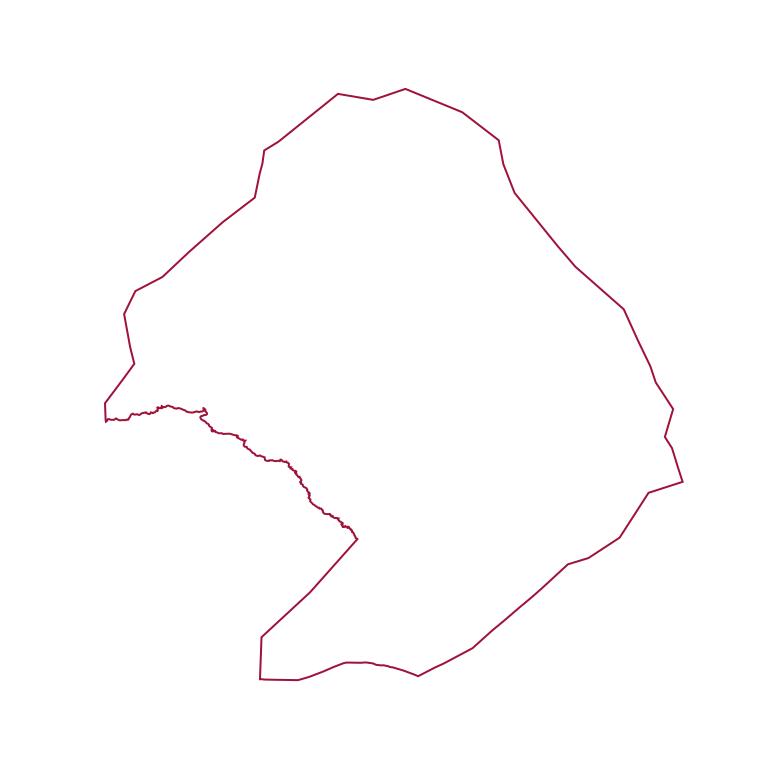 Dashbalbar, Dornod, Mongolia (Natural Earth projection), rotated 170°
{"feature_id": "93677404B44284139751504", "entity_name": "Dashbalbar", "entity_type": "district", "adm_level": 2, "iso_a3": "MNG", "parent_name": "Mongolia", "parent_adm1": "Dornod", "projection": "natural_earth1", "projection_center": [114.612, 49.67], "detail": "fine", "context": "isolated", "style": "outline", "palette": "rose", "viewbox_px": 768, "rotation_deg": 170, "n_neighbors": 0, "source": "geoboundaries", "source_scale": "gbopen_adm2", "svg_char_len": 6137}
<svg xmlns="http://www.w3.org/2000/svg" viewBox="0 0 768 768"><g transform="rotate(170 384 384)"><path d="M311.7,670.9L345.3,665.7L379.0,677.7L445.8,641.0L461.4,634.8L465.5,622.1L469.8,613.0L478.9,590.0L514.7,571.4L553.4,547.7L583.6,527.9L612.7,518.7L627.8,498.0L627.6,464.5L626.4,447.2L640.8,433.4L662.1,413.5L664.4,396.9L664.4,395.2L663.2,395.8L662.0,397.3L660.7,397.1L659.8,396.5L659.1,396.2L656.2,395.6L655.7,395.7L653.9,396.6L653.6,396.4L652.9,395.7L651.2,394.4L650.4,394.1L646.7,393.7L644.5,393.2L643.4,393.7L642.5,393.2L642.1,393.3L641.5,393.8L641.3,394.5L640.1,395.5L638.6,397.5L638.1,397.9L636.9,398.4L636.3,398.3L635.5,397.4L634.5,397.1L632.4,397.1L631.5,396.5L630.5,396.0L629.8,396.1L627.9,397.1L626.8,397.3L623.5,397.4L623.2,397.3L623.3,396.7L623.0,396.5L622.2,396.2L621.6,395.6L621.2,395.4L620.1,395.1L619.3,395.5L618.6,396.5L617.6,396.1L617.1,395.6L616.4,395.5L615.9,395.9L614.9,395.8L614.6,395.9L613.2,396.9L611.9,396.7L611.4,397.2L611.4,397.4L611.7,397.7L611.6,398.0L611.0,398.7L610.9,398.9L611.0,399.3L611.4,399.9L611.4,400.1L611.1,400.3L610.4,400.2L609.9,399.4L609.4,399.2L608.5,399.4L608.2,399.0L607.8,398.9L606.6,398.8L606.3,399.1L606.3,399.5L606.8,400.4L606.7,400.8L606.4,400.6L605.5,399.5L604.2,399.4L603.6,399.2L603.1,399.3L601.7,400.1L600.6,400.2L599.8,400.1L598.2,398.9L596.3,398.2L595.8,397.8L595.5,397.0L594.9,396.6L592.3,395.7L591.3,396.1L589.9,395.7L587.6,394.6L587.2,394.1L584.8,392.7L584.2,392.3L583.6,391.3L583.4,391.1L582.3,390.8L582.1,390.5L580.8,390.0L578.2,389.2L576.5,389.1L575.6,389.4L574.6,389.3L573.4,389.6L572.8,389.4L572.0,388.8L571.2,388.7L570.8,388.5L569.2,388.7L568.1,388.5L567.2,388.6L566.7,389.0L566.2,389.8L566.0,391.0L566.2,392.4L565.8,391.4L565.4,390.9L565.0,390.7L564.4,389.5L564.4,389.2L564.8,388.5L564.7,388.0L564.2,387.6L563.5,386.2L563.4,385.5L563.5,385.2L563.9,384.8L565.2,384.4L566.7,384.7L567.1,384.6L568.1,384.1L569.5,384.1L570.3,383.7L570.7,382.9L570.4,381.6L569.9,380.8L568.7,379.6L567.7,379.1L566.1,377.4L565.6,376.3L564.1,375.2L563.7,374.6L563.5,374.2L563.6,373.4L563.0,372.5L561.9,371.4L561.3,371.0L561.0,370.6L561.8,368.8L561.9,367.8L561.6,367.4L561.3,367.1L560.8,367.0L560.4,367.2L560.4,368.0L560.2,368.2L559.9,368.0L559.9,367.3L559.5,367.1L558.8,367.2L558.4,367.0L558.3,366.0L557.1,365.5L555.3,364.2L554.5,364.0L552.3,363.7L551.0,362.7L550.2,362.6L546.0,362.1L544.2,361.7L540.6,359.8L538.0,359.0L537.2,358.5L536.9,358.1L537.1,357.8L537.8,357.7L538.1,357.5L538.1,357.1L537.8,356.7L536.4,355.7L534.4,354.0L533.4,353.7L532.7,353.9L532.4,353.7L532.5,352.9L532.2,352.6L530.5,352.3L531.3,351.6L531.7,350.2L532.2,349.8L532.5,349.1L532.8,348.2L532.7,347.6L531.9,346.4L530.2,345.9L529.8,344.4L528.8,343.4L527.3,342.5L527.1,342.0L527.1,341.6L527.0,341.4L526.1,340.4L525.7,339.5L525.4,339.0L524.2,338.4L523.2,337.3L523.0,336.4L522.7,336.0L521.9,335.5L520.3,334.9L519.1,335.2L518.3,335.0L517.8,334.4L514.7,332.8L514.3,332.5L514.4,330.8L514.2,329.6L513.7,329.2L512.4,328.6L511.1,328.3L510.5,328.3L510.3,328.7L509.7,328.7L507.9,328.3L507.5,328.4L507.2,328.3L506.0,327.5L504.0,326.8L501.7,326.8L500.9,326.6L500.0,326.1L499.7,326.4L499.1,327.5L498.7,327.5L498.1,326.9L497.9,326.7L497.9,326.2L496.9,325.2L496.3,325.1L495.4,324.5L493.8,324.6L493.9,324.0L492.3,323.2L492.2,322.8L491.4,322.0L491.4,321.7L491.9,320.5L492.2,319.2L491.9,318.9L491.3,318.8L491.1,318.5L490.2,318.2L490.9,317.6L490.8,317.0L490.0,316.9L489.6,316.4L488.9,316.2L488.9,315.1L488.1,314.5L487.8,314.4L487.1,314.0L486.2,313.8L485.9,313.5L485.6,313.1L485.8,312.8L486.2,312.8L486.6,312.5L487.0,312.2L486.9,311.7L486.1,311.4L485.8,311.2L486.2,310.3L485.9,309.7L485.2,309.0L484.6,307.4L484.3,307.3L483.6,307.3L483.2,307.2L483.3,306.4L482.4,305.1L482.3,304.3L482.0,303.6L482.5,302.9L483.5,302.3L483.6,301.9L483.3,301.7L482.8,301.6L482.7,301.4L483.2,300.4L483.1,300.1L482.1,299.5L481.4,298.6L481.5,297.9L481.3,297.1L480.6,296.4L480.2,296.2L479.7,295.7L479.2,295.5L478.6,295.0L478.3,294.5L478.3,293.9L477.9,293.4L478.3,292.5L478.2,292.1L477.9,291.8L477.6,291.2L477.2,290.6L477.1,290.2L476.4,290.0L476.3,289.7L476.9,289.6L477.4,289.1L477.4,288.7L476.6,288.2L477.0,287.4L476.6,287.0L477.4,286.1L477.5,285.5L478.0,285.0L477.9,284.7L477.2,284.5L477.1,284.2L477.1,283.6L476.5,282.9L476.9,282.1L477.1,281.3L475.5,279.1L475.2,278.5L474.8,277.8L473.8,277.2L472.8,276.0L472.1,275.2L471.5,274.9L471.2,274.3L470.7,273.8L469.4,273.4L469.1,272.4L468.7,272.3L467.9,272.4L467.6,272.3L467.4,272.0L466.9,271.0L466.6,270.9L466.7,270.2L466.5,269.8L466.2,269.6L466.3,268.7L466.1,268.4L466.2,267.9L466.0,267.5L465.0,266.4L464.0,266.2L463.1,265.8L460.6,265.5L459.9,265.3L459.6,265.0L459.7,264.1L458.8,263.7L458.9,263.0L458.9,262.7L458.2,262.5L457.4,262.8L457.3,262.7L457.5,262.1L457.4,261.8L456.4,261.0L455.4,260.4L454.1,260.4L452.4,259.6L452.8,259.4L453.0,258.7L452.0,257.5L451.7,256.5L451.4,256.2L450.7,256.0L449.5,254.8L449.8,254.2L449.7,253.9L448.9,253.9L448.9,253.4L449.0,253.3L449.4,253.6L450.0,253.6L450.3,253.3L450.0,252.9L449.8,251.7L449.3,251.3L449.5,250.6L449.3,250.3L448.2,250.0L447.8,250.2L447.7,250.5L447.2,250.5L446.8,250.8L446.6,250.6L446.4,250.0L445.1,249.7L444.7,249.8L444.4,249.7L445.0,249.0L445.0,248.7L444.6,248.5L444.3,248.6L443.8,249.2L443.5,249.3L443.4,249.1L443.4,248.6L442.8,248.0L442.5,247.0L441.8,246.7L441.6,246.4L441.8,245.8L441.6,245.6L441.1,245.5L441.0,245.2L441.1,243.6L440.1,243.2L440.0,242.8L439.9,242.0L439.4,241.4L439.5,240.8L439.3,239.7L438.7,239.0L438.7,238.7L438.7,237.3L438.4,237.0L437.3,236.3L437.1,235.9L493.0,191.7L548.6,155.9L557.4,114.8L555.9,114.6L553.5,113.8L548.1,112.7L520.2,107.3L508.8,108.5L494.2,111.3L483.4,113.9L473.3,115.9L472.1,116.1L469.5,116.2L468.3,116.0L455.4,113.5L450.4,113.0L443.5,110.8L440.3,108.7L434.9,107.2L433.3,107.1L428.6,105.2L427.4,104.2L424.7,103.5L414.4,98.3L404.3,92.4L401.2,90.3L382.8,96.0L373.6,98.4L342.6,108.5L320.2,122.5L307.3,129.8L288.9,140.7L275.3,148.5L264.3,155.2L234.2,174.5L212.9,177.1L178.6,191.8L142.4,230.9L106.9,235.8L108.9,250.0L111.5,270.8L116.6,283.1L103.6,309.1L116.1,338.3L118.6,355.1L126.2,382.1L134.9,415.9L175.2,466.3L189.1,489.8L222.2,549.5L228.3,579.7L228.7,604.1L259.7,638.0L311.7,670.9Z" fill="none" stroke="#9f1239" stroke-width="2"/></g></svg>